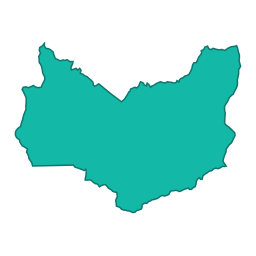 Presidente Kennedy, Tocantins, Brazil (Natural Earth projection)
{"feature_id": "56859067B50751334573389", "entity_name": "Presidente Kennedy", "entity_type": "district", "adm_level": 2, "iso_a3": "BRA", "parent_name": "Brazil", "parent_adm1": "Tocantins", "projection": "natural_earth1", "projection_center": [-48.462, -8.464], "detail": "fine", "context": "isolated", "style": "filled", "palette": "teal", "viewbox_px": 256, "rotation_deg": 0, "n_neighbors": 0, "source": "geoboundaries", "source_scale": "gbopen_adm2", "svg_char_len": 3165}
<svg xmlns="http://www.w3.org/2000/svg" viewBox="0 0 256 256"><path d="M35.1,86.8L33.5,85.5L28.5,87.7L25.9,86.8L23.2,87.3L22.1,89.5L23.2,91.3L25.0,95.2L26.2,97.9L26.1,103.6L25.8,106.4L26.1,109.1L23.8,114.7L22.5,119.8L21.3,123.4L20.6,126.4L19.2,127.4L17.6,128.7L16.0,130.8L15.4,132.7L15.5,135.3L16.6,137.6L19.5,139.9L20.0,142.4L22.3,145.8L24.5,147.0L27.5,148.9L26.5,152.1L27.7,154.1L28.6,156.3L28.9,158.5L30.4,160.8L31.7,162.6L32.6,166.0L73.4,165.1L75.0,167.1L78.0,168.1L80.3,168.9L84.3,170.5L85.7,169.3L86.3,171.5L85.9,176.1L85.3,178.2L85.2,180.0L87.3,180.1L89.2,179.9L90.9,180.2L93.1,182.1L95.2,183.6L97.6,184.1L99.4,186.8L101.1,185.8L103.9,184.6L105.5,184.8L107.2,186.3L108.3,188.1L111.4,189.9L112.5,191.2L114.1,191.9L116.8,192.4L117.3,196.9L116.1,199.1L115.7,201.1L116.2,202.9L116.4,206.1L119.7,207.3L121.5,209.2L123.8,210.1L125.6,210.1L127.2,210.8L129.5,211.0L133.0,212.6L135.1,212.1L136.5,210.7L138.8,210.0L141.3,209.0L142.0,207.3L142.0,205.4L143.2,203.9L144.8,203.2L146.9,203.3L148.6,201.5L150.4,201.0L151.9,199.9L154.4,199.4L157.5,198.4L160.2,196.4L162.4,195.4L164.3,196.0L166.9,195.4L169.0,194.3L169.7,192.4L171.2,190.8L173.7,190.8L175.6,190.3L177.6,190.7L179.2,191.5L181.2,190.9L183.4,189.7L186.0,188.8L188.1,187.9L189.5,189.4L191.5,189.4L193.4,187.4L195.1,186.8L196.0,184.1L196.3,181.2L197.5,179.1L199.3,177.7L200.5,179.3L202.3,179.1L202.7,176.2L204.4,174.5L207.2,172.8L209.1,171.3L211.9,170.6L213.4,169.0L215.6,168.2L218.0,168.7L220.4,167.7L222.4,166.4L224.6,166.5L226.2,166.1L223.0,161.5L223.5,158.6L224.8,154.5L226.0,151.9L226.2,149.1L229.3,144.7L231.4,142.9L233.1,139.5L235.0,135.5L234.8,132.9L231.2,129.2L228.8,127.0L226.3,125.4L224.6,123.2L224.8,118.9L225.2,113.4L224.6,110.2L224.6,106.1L227.6,101.4L229.3,97.6L231.4,95.5L233.3,94.1L234.6,91.1L236.0,88.7L237.2,85.8L237.5,83.3L237.3,80.2L238.6,74.1L238.7,69.6L240.6,66.4L239.1,60.9L239.4,58.2L239.4,55.0L238.4,51.9L237.5,47.9L236.6,45.7L234.4,46.4L231.9,46.6L229.8,47.3L227.6,48.5L224.8,50.5L221.8,49.5L219.0,49.9L215.8,49.2L213.0,48.3L211.1,49.6L208.8,48.8L207.6,46.1L205.0,47.1L203.6,49.5L201.2,50.8L201.7,52.8L200.6,54.8L198.9,56.8L196.4,62.5L193.8,62.9L192.6,65.0L191.9,68.4L190.8,71.0L189.0,74.3L186.7,75.6L184.6,76.2L183.0,77.8L181.1,78.4L179.5,79.9L178.9,81.9L177.0,80.6L176.1,82.5L174.0,83.1L171.2,82.3L167.1,81.8L165.6,82.8L163.6,82.9L160.5,81.7L156.0,83.7L153.8,85.3L151.9,86.0L150.7,87.3L148.9,84.6L147.2,83.1L146.4,85.8L144.2,85.0L143.6,83.3L142.1,82.3L140.5,81.8L139.6,83.6L138.9,85.8L137.0,87.8L134.7,87.3L132.4,88.3L130.5,89.1L130.1,91.0L128.8,92.0L127.8,94.0L124.7,99.0L121.5,101.8L111.1,94.0L98.7,83.8L94.9,86.4L93.3,85.0L93.0,82.3L91.3,80.4L89.0,78.5L87.0,76.6L84.4,75.7L83.2,74.3L80.3,73.4L81.0,70.2L79.7,68.4L77.8,70.1L76.1,68.3L71.4,70.0L70.9,67.4L72.5,63.9L73.0,61.5L70.7,61.6L69.1,61.2L67.3,59.8L64.8,60.4L63.1,59.9L61.2,60.6L59.5,60.6L58.0,59.7L55.3,58.5L53.8,54.6L53.0,51.8L50.3,49.6L48.2,48.6L46.2,48.5L44.4,46.2L44.4,43.4L42.1,46.1L39.7,47.5L39.3,50.6L40.5,53.2L38.7,56.6L39.1,58.5L39.3,62.7L40.6,64.3L41.8,67.3L42.2,69.4L42.7,72.8L43.7,75.2L44.7,76.8L44.7,79.8L42.3,84.5L41.2,87.3L39.5,87.5L37.5,87.6L35.1,86.8Z" fill="#14b8a6" stroke="#0f766e" stroke-width="1.5"/></svg>